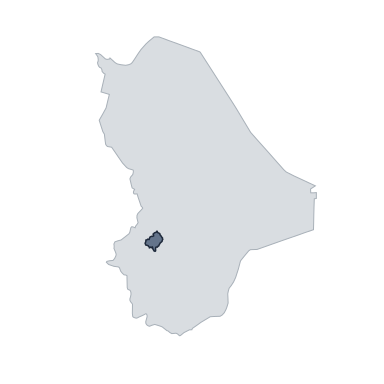 location of Tooz Khurmato, Sala ad-Din, Iraq, rotated 194°
{"feature_id": "34846034B84892780097972", "entity_name": "Tooz Khurmato", "entity_type": "district", "adm_level": 2, "iso_a3": "IRQ", "parent_name": "Iraq", "parent_adm1": "Sala ad-Din", "projection": "equal_earth", "projection_center": [44.642, 34.819], "detail": "fine", "context": "in_parent", "style": "filled", "palette": "slate", "viewbox_px": 384, "rotation_deg": 194, "n_neighbors": 0, "source": "geoboundaries", "source_scale": "gbopen_adm2", "svg_char_len": 4645}
<svg xmlns="http://www.w3.org/2000/svg" viewBox="0 0 384 384"><g transform="rotate(194 192 192)"><path d="M158.8,58.3L161.2,57.6L165.8,53.6L168.5,49.9L169.4,49.5L171.7,50.8L173.4,51.1L177.4,49.7L179.7,50.4L181.7,51.4L182.8,51.4L188.0,53.8L189.4,54.1L192.1,54.3L196.1,54.5L198.8,52.9L200.6,51.5L201.9,51.5L203.2,51.9L204.2,52.5L205.1,53.6L205.5,55.2L205.4,60.2L205.8,61.5L206.5,62.5L207.4,62.7L208.5,61.6L210.4,60.0L212.8,58.2L214.6,56.6L215.6,56.1L217.2,56.1L218.8,56.4L219.6,57.2L219.6,57.4L220.5,59.8L222.6,68.7L223.8,69.8L225.1,70.7L226.1,72.0L226.4,73.4L226.3,75.4L226.4,77.8L226.9,79.6L227.7,81.0L228.5,81.7L229.5,81.8L230.8,82.1L231.7,83.5L234.5,93.7L234.8,95.0L236.0,95.4L237.9,95.2L239.9,96.3L242.0,97.9L244.1,101.0L245.4,101.5L249.6,101.0L255.4,101.5L258.1,103.1L257.8,104.1L255.7,105.2L252.1,106.5L251.0,108.7L250.4,111.6L250.5,113.2L251.5,114.9L254.1,118.4L254.2,119.7L254.7,121.4L255.2,122.6L254.7,125.0L252.3,126.6L249.2,128.3L243.1,136.1L242.6,137.8L242.7,142.5L242.0,143.8L240.1,143.8L238.5,143.5L238.5,145.1L237.5,147.3L236.9,149.2L239.2,153.6L239.7,156.0L239.3,158.1L237.2,161.8L235.9,164.3L236.2,164.9L237.9,165.9L243.1,174.0L244.8,176.9L246.9,176.2L247.8,176.2L248.4,176.7L248.8,177.6L248.8,178.9L248.3,180.7L251.1,181.5L252.1,183.3L255.4,189.7L255.2,191.6L253.7,194.6L253.7,196.6L254.0,198.4L254.6,199.1L259.3,199.3L261.4,200.0L266.4,203.3L272.1,208.3L276.8,212.5L280.8,216.0L285.0,215.7L286.2,216.3L287.3,217.4L288.5,220.3L291.0,226.9L293.1,229.0L296.4,234.3L299.4,239.2L297.5,245.9L295.7,252.8L295.8,261.8L295.8,266.7L299.9,266.9L304.5,267.1L304.6,272.9L304.7,278.7L304.8,285.4L306.1,285.7L308.3,287.1L309.2,289.2L310.4,290.4L311.8,290.6L313.2,291.7L314.5,293.6L315.0,295.1L314.7,296.1L315.0,297.8L316.0,300.3L317.2,301.5L319.0,303.0L316.5,303.8L313.9,303.2L308.3,300.2L306.5,300.1L304.1,301.2L304.0,302.2L298.1,299.0L296.0,298.3L295.2,298.2L291.8,298.3L287.0,298.9L284.2,300.2L282.3,301.6L281.4,303.0L281.1,303.7L279.6,307.8L277.8,313.1L276.0,317.8L272.5,324.5L270.5,327.6L266.3,333.3L261.7,334.5L251.0,333.3L239.1,332.1L227.3,330.8L218.5,329.9L217.8,329.6L209.1,321.4L202.3,315.0L193.7,306.9L185.0,298.7L176.2,290.4L169.8,284.3L162.1,276.6L155.0,269.5L149.5,264.0L142.4,259.1L136.8,255.3L128.7,249.8L122.3,245.4L116.8,241.6L108.3,235.8L105.4,234.2L96.6,232.2L88.2,230.6L79.5,228.9L73.8,227.8L77.7,223.6L76.6,219.9L73.8,220.6L71.2,221.5L69.8,215.8L71.7,215.0L70.1,207.5L68.4,199.8L66.7,192.4L65.0,184.8L72.5,180.0L78.0,176.3L85.7,171.3L93.2,166.4L100.3,161.7L108.0,156.6L115.0,152.0L121.3,150.2L122.7,148.7L125.7,142.5L128.2,137.1L128.3,135.9L128.4,128.4L129.0,119.5L129.9,114.8L131.3,110.7L132.7,107.6L132.8,104.8L132.7,101.9L131.4,97.6L130.1,93.0L130.3,88.7L130.6,86.3L131.5,82.6L133.0,79.9L134.7,78.2L140.6,76.5L144.1,75.4L148.9,70.6L151.7,67.8L155.6,63.2L158.5,59.9L158.8,58.8L158.8,58.3Z" fill="#d9dde1" stroke="#a8b0b8" stroke-width="1"/><path d="M213.4,144.3L213.4,144.2L213.5,144.1L214.0,144.1L214.4,144.2L215.2,144.2L215.6,144.5L216.1,145.2L216.4,145.3L216.5,145.4L217.0,144.3L217.8,143.8L218.5,143.3L218.8,142.9L219.2,142.1L219.5,141.8L219.3,141.5L219.3,141.4L219.3,141.2L219.0,141.0L218.9,140.7L218.7,140.4L218.6,140.1L219.1,139.7L219.3,139.5L219.5,139.4L220.0,139.3L220.6,139.2L220.9,138.9L221.3,138.6L221.8,138.2L221.9,137.7L222.0,137.4L222.0,137.1L222.1,136.5L222.1,135.6L222.5,135.5L222.8,135.5L223.2,135.5L223.6,135.5L223.9,135.0L224.3,134.6L224.7,134.4L225.1,134.2L225.0,133.8L224.9,133.1L224.8,132.5L224.9,132.1L225.0,131.5L225.1,131.1L225.1,130.9L224.9,130.7L224.6,130.2L224.2,129.6L224.1,129.4L223.6,129.4L222.7,129.4L221.8,129.3L221.4,129.2L221.2,128.9L220.9,128.6L220.5,128.3L220.3,128.2L220.2,128.2L219.8,128.2L219.5,128.3L219.5,127.8L219.1,128.1L218.5,128.4L218.4,128.4L217.8,128.1L217.5,128.3L217.4,128.8L217.3,129.1L217.0,129.0L216.9,128.8L216.8,128.5L216.6,128.1L216.4,127.6L216.2,127.3L215.9,127.0L215.4,126.5L215.1,126.2L214.8,125.9L214.7,125.7L214.4,125.6L214.2,125.6L213.8,125.6L213.6,125.5L213.4,125.6L213.2,125.8L213.1,126.0L213.1,126.3L213.2,126.7L213.4,127.3L213.5,127.6L213.7,128.5L213.7,128.9L213.8,129.4L213.8,129.5L213.4,129.9L213.0,130.0L212.7,130.1L212.2,130.2L211.9,131.2L211.7,131.3L211.3,131.5L211.2,131.7L211.1,132.6L211.1,132.8L211.0,133.1L210.8,133.7L210.6,134.6L210.5,134.9L210.3,135.0L210.0,135.6L209.8,135.8L209.3,136.5L209.1,136.9L209.1,137.2L209.2,137.5L209.1,138.0L209.1,138.3L209.0,138.7L208.9,139.0L209.1,139.3L209.4,139.6L209.5,140.2L209.6,140.4L209.9,140.5L210.1,140.6L210.3,140.8L210.5,140.9L210.7,141.2L211.0,141.5L211.3,141.7L211.8,142.2L212.5,142.6L212.6,142.8L213.2,143.7L213.3,144.1L213.4,144.3Z" fill="#64748b" stroke="#1e293b" stroke-width="1.5"/></g></svg>